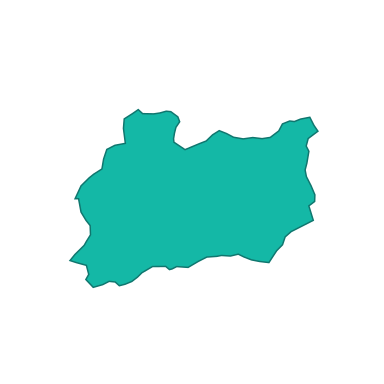 Jinan-gun, North Jeolla, South Korea, rotated 243°
{"feature_id": "91817680B51132506733028", "entity_name": "Jinan-gun", "entity_type": "district", "adm_level": 2, "iso_a3": "KOR", "parent_name": "South Korea", "parent_adm1": "North Jeolla", "projection": "natural_earth1", "projection_center": [127.438, 35.818], "detail": "fine", "context": "isolated", "style": "filled", "palette": "teal", "viewbox_px": 384, "rotation_deg": 243, "n_neighbors": 0, "source": "geoboundaries", "source_scale": "gbopen_adm2", "svg_char_len": 1344}
<svg xmlns="http://www.w3.org/2000/svg" viewBox="0 0 384 384"><g transform="rotate(243 192 192)"><path d="M162.2,57.7L151.9,60.7L150.0,70.4L150.0,77.6L146.7,82.7L141.5,84.7L140.2,90.5L139.6,97.7L140.9,104.8L142.8,110.7L143.5,123.0L137.6,134.8L133.1,136.7L132.5,139.3L132.5,144.5L126.6,154.3L127.3,166.0L127.3,175.7L123.4,184.9L122.1,189.4L117.5,197.2L115.6,205.0L110.4,208.9L104.5,214.2L99.4,220.7L95.2,227.0L94.2,228.5L98.7,236.3L101.3,240.9L103.9,248.7L109.7,254.6L111.7,262.4L111.7,271.5L111.7,287.2L126.6,289.8L127.9,297.0L133.7,300.2L143.4,300.9L153.8,300.9L160.3,302.8L165.5,307.4L175.2,314.6L181.1,314.6L186.9,319.8L189.0,331.8L196.0,330.9L205.1,330.9L207.7,321.8L208.3,315.2L210.9,311.3L211.6,303.5L207.0,297.0L205.1,286.5L207.7,278.7L212.9,270.9L216.1,261.7L221.9,253.9L228.4,249.3L234.3,244.1L233.6,236.3L231.0,227.8L231.7,220.7L232.9,205.0L244.6,198.5L247.9,199.8L252.4,203.1L256.9,207.0L260.2,212.9L265.4,213.5L273.2,209.6L275.7,205.7L277.0,199.2L279.0,193.3L284.2,183.6L289.8,181.5L288.9,175.0L287.9,164.8L279.8,159.8L265.6,154.7L268.6,144.5L268.6,135.4L261.5,128.2L253.4,122.2L252.5,112.6L251.3,106.8L247.9,96.0L239.1,84.8L237.5,87.9L224.5,84.0L214.8,84.7L208.3,86.0L199.9,82.1L196.0,75.6L193.4,71.7L189.5,59.4L186.3,52.2L181.7,56.8L174.6,64.6L165.5,62.6L162.2,57.7Z" fill="#14b8a6" stroke="#0f766e" stroke-width="1.5"/></g></svg>